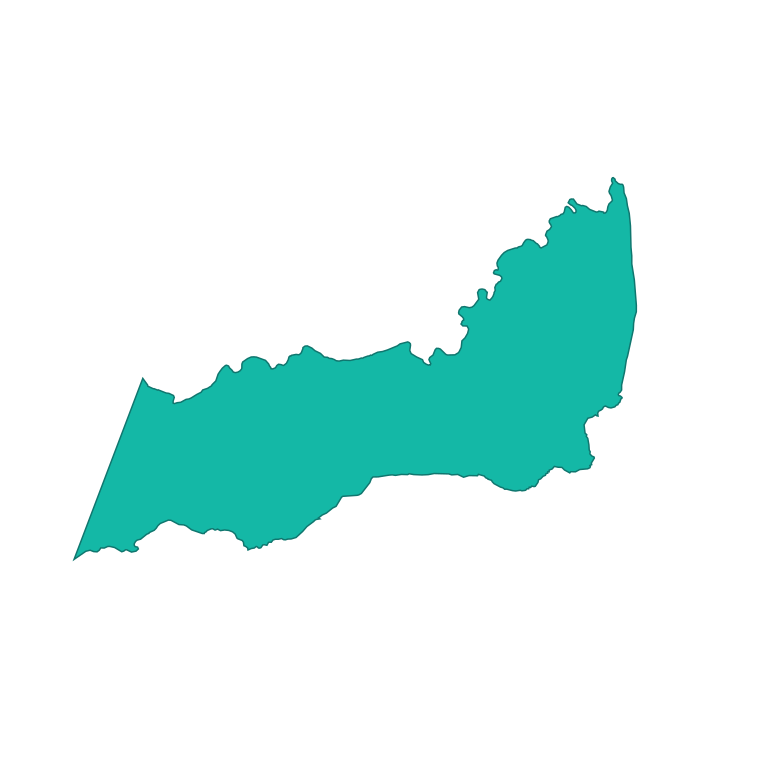 Wampusirpi, Gracias a Dios, Honduras (Mercator projection), rotated 21°
{"feature_id": "27666195B3053537582037", "entity_name": "Wampusirpi", "entity_type": "district", "adm_level": 2, "iso_a3": "HND", "parent_name": "Honduras", "parent_adm1": "Gracias a Dios", "projection": "mercator", "projection_center": [-84.653, 15.069], "detail": "fine", "context": "isolated", "style": "filled", "palette": "teal", "viewbox_px": 768, "rotation_deg": 21, "n_neighbors": 0, "source": "geoboundaries", "source_scale": "gbopen_adm2", "svg_char_len": 6170}
<svg xmlns="http://www.w3.org/2000/svg" viewBox="0 0 768 768"><g transform="rotate(21 384 384)"><path d="M608.0,304.5L606.2,299.8L604.2,286.4L601.6,274.7L601.4,270.8L597.3,244.0L595.3,237.9L594.2,232.8L593.7,226.2L591.4,220.1L580.4,197.1L572.3,183.1L569.4,175.6L565.6,167.9L557.4,148.0L551.8,136.8L547.4,130.4L543.8,124.0L539.6,119.5L537.2,114.4L535.8,112.6L534.8,112.2L533.0,112.9L530.8,112.9L527.0,111.4L526.3,110.0L524.1,109.2L523.4,109.6L523.1,111.0L523.7,112.8L525.5,114.6L524.7,118.9L525.0,123.5L526.1,125.0L528.6,126.8L531.3,130.4L531.3,131.4L529.5,135.3L529.5,138.5L530.2,141.8L529.8,144.3L529.0,145.3L528.0,145.7L527.6,144.9L526.9,144.9L522.7,145.6L521.9,146.7L520.5,147.4L513.4,147.3L509.2,145.8L505.6,146.1L504.5,146.8L499.6,146.8L494.6,143.5L492.5,144.2L491.4,145.2L491.0,148.8L494.2,149.9L495.6,149.9L499.2,151.4L500.9,152.8L501.6,154.6L501.2,155.7L499.5,156.4L496.3,154.2L493.1,152.7L491.0,152.7L489.9,154.1L490.6,158.8L490.2,160.9L488.4,162.3L488.0,163.4L486.2,165.5L485.2,165.8L480.1,170.1L479.8,172.6L480.5,174.0L482.9,175.8L484.0,177.2L483.2,180.4L481.4,182.9L481.4,186.8L481.7,187.6L483.1,188.3L485.6,190.8L486.3,192.6L486.2,195.8L481.9,200.7L480.2,200.4L479.8,199.7L477.0,198.2L475.9,198.2L472.0,196.7L469.9,197.0L469.2,196.7L466.4,197.4L465.3,198.1L464.6,199.1L463.8,202.0L463.4,205.2L462.7,206.2L460.2,208.0L459.8,209.1L457.7,210.1L451.6,215.0L449.1,218.2L447.6,221.7L446.1,227.4L446.1,230.6L447.5,233.2L448.9,234.2L449.6,236.4L448.9,237.1L447.8,237.1L446.4,238.5L446.4,241.0L447.4,241.7L453.1,241.1L455.2,241.8L456.3,243.2L455.9,246.4L454.4,247.8L453.7,250.0L453.0,250.7L452.9,254.2L454.3,256.8L454.0,259.2L454.3,260.0L454.3,263.2L453.9,264.9L452.8,267.8L450.3,267.8L449.3,267.4L448.6,266.3L447.5,261.3L446.8,261.3L444.7,259.9L443.7,259.8L441.5,260.2L439.7,261.2L439.0,261.9L438.6,265.1L442.1,270.9L439.9,278.7L438.5,280.8L436.3,282.2L431.4,282.9L428.9,284.3L427.7,288.2L428.1,290.7L428.8,291.8L433.0,293.2L434.8,294.3L435.5,295.8L434.8,296.5L434.4,297.9L434.7,298.6L434.4,300.4L436.8,301.5L440.7,300.1L443.2,302.2L443.5,303.3L443.9,306.9L443.1,311.9L441.3,315.8L443.0,322.2L442.6,326.8L442.2,328.2L439.7,331.4L432.9,334.2L431.1,334.2L424.1,331.2L422.3,331.2L420.2,331.9L419.5,333.7L419.4,339.4L417.2,342.9L417.2,345.1L420.4,348.3L420.3,349.7L419.6,349.7L418.9,350.4L416.4,350.4L413.3,349.7L411.2,347.5L404.8,347.1L398.4,345.9L396.0,343.4L394.9,338.4L394.2,337.0L392.8,336.3L391.1,336.2L384.6,340.8L382.8,343.6L375.0,351.0L371.0,354.2L366.7,356.6L363.2,360.2L362.4,361.6L361.0,361.9L360.3,363.0L358.9,363.7L355.6,366.5L354.9,367.5L353.5,367.9L351.0,370.0L349.2,370.7L343.9,374.2L337.5,376.3L333.9,378.7L331.1,379.4L328.9,379.0L326.1,379.0L323.6,379.7L321.8,379.3L318.6,380.3L313.7,378.2L307.7,377.7L303.8,376.3L298.8,375.9L296.7,376.9L295.3,379.0L295.6,380.1L295.6,384.4L294.8,386.2L294.1,387.2L291.3,387.9L287.3,390.4L287.0,391.4L286.3,391.4L285.6,392.8L285.9,395.7L285.5,399.6L284.0,402.1L283.3,402.8L280.8,402.8L278.4,403.4L277.3,405.2L276.9,407.7L274.7,409.8L273.0,410.2L272.3,409.1L270.9,408.4L269.1,406.6L264.9,404.4L255.3,404.6L252.8,405.3L250.3,406.4L247.5,409.2L244.2,414.1L244.2,416.3L245.6,420.2L245.6,421.3L244.8,423.4L243.4,425.2L241.3,426.6L239.1,426.9L237.0,425.5L234.2,424.4L232.4,422.9L230.3,422.9L229.3,423.6L227.4,427.2L226.3,431.1L225.6,434.3L225.9,441.4L223.7,446.3L223.7,447.4L220.8,451.3L216.9,454.5L216.2,457.3L213.0,460.8L209.0,466.1L207.2,467.9L204.7,469.3L200.8,473.9L197.6,475.6L195.4,477.4L194.0,477.4L193.3,475.6L193.0,471.7L191.6,470.2L186.6,469.8L183.8,470.5L175.3,470.4L174.9,470.8L171.0,470.8L170.3,471.1L164.3,470.7L163.6,469.6L156.8,465.2L157.5,658.8L165.6,647.0L169.2,644.5L173.1,644.5L176.3,643.5L177.7,641.3L178.4,638.5L181.6,637.4L184.4,634.6L186.2,633.9L191.1,633.2L199.3,634.6L201.0,633.2L202.1,631.4L203.2,631.0L208.5,631.4L212.4,628.9L213.8,626.0L212.4,624.6L209.9,625.0L208.5,623.9L208.1,622.5L208.5,620.0L209.5,618.2L212.4,616.1L216.3,609.3L218.1,607.6L218.1,606.8L221.9,602.9L223.0,600.4L223.7,597.2L225.1,594.4L231.5,588.3L234.0,587.6L242.9,588.7L247.5,587.3L250.3,587.3L256.7,589.1L268.0,588.7L269.8,588.0L269.8,586.9L270.8,585.9L271.5,584.1L274.4,581.3L276.1,580.5L278.6,580.9L280.7,579.1L283.9,579.5L287.5,577.4L291.7,576.3L295.6,576.3L298.8,577.4L302.0,580.6L303.0,580.9L307.7,580.9L309.4,582.0L311.2,585.2L313.0,585.2L315.4,585.9L316.5,587.7L319.0,585.2L321.7,583.6L322.9,581.5L323.9,581.4L325.6,582.1L326.9,581.7L327.8,580.8L328.5,577.8L329.6,577.0L332.5,576.5L332.9,573.5L333.3,572.9L335.5,572.1L336.3,569.4L338.2,567.9L341.0,566.8L343.8,565.0L346.1,565.3L347.8,564.8L349.7,563.3L352.9,561.9L356.9,558.8L360.9,550.8L363.1,544.7L367.6,537.6L368.3,535.9L369.2,534.8L372.4,532.9L370.8,532.5L373.3,528.4L376.5,525.1L380.5,518.2L383.1,515.4L384.9,505.0L385.8,503.6L398.7,497.6L400.2,496.6L402.1,494.3L406.1,481.2L406.1,476.9L407.1,474.7L411.8,472.8L421.3,467.3L424.2,465.9L427.4,465.2L432.6,462.2L438.6,460.1L439.6,458.8L444.2,457.9L452.0,455.3L457.7,452.8L462.9,449.6L476.7,444.7L479.7,444.6L485.3,442.0L491.7,442.5L496.2,439.0L504.2,436.1L504.5,434.5L510.5,434.0L512.6,435.1L514.9,435.2L515.1,435.6L518.9,435.4L520.0,436.4L522.4,437.6L529.6,438.5L532.2,438.3L534.4,439.0L536.2,438.2L542.2,437.5L545.3,436.7L549.3,434.4L551.0,434.3L553.6,432.9L554.3,432.4L555.1,430.5L556.6,430.0L556.6,428.3L557.9,428.1L558.6,426.4L560.9,426.0L561.9,425.3L563.0,420.7L562.6,418.0L564.2,416.5L565.6,413.1L567.4,411.4L567.4,409.6L568.8,408.5L568.3,407.3L569.6,406.8L569.1,405.2L571.4,403.1L572.6,399.9L576.4,399.3L580.0,398.1L583.3,399.6L589.3,400.4L589.7,399.0L594.3,397.3L597.4,393.7L604.5,390.2L606.2,388.4L606.3,387.2L605.4,386.3L606.8,384.9L605.9,383.5L606.9,377.8L606.3,376.9L603.7,376.7L601.2,375.4L600.8,373.4L599.2,372.0L597.1,367.4L593.7,361.7L591.6,360.4L591.5,358.7L589.3,357.8L585.4,350.4L586.6,342.9L590.2,340.3L592.5,337.0L594.0,337.4L595.3,337.2L594.1,335.0L593.9,333.8L594.5,331.9L595.7,330.9L596.9,329.0L597.1,327.0L597.8,325.9L598.7,325.2L601.9,325.5L604.5,325.0L607.7,322.6L608.4,320.6L609.7,319.6L609.9,317.7L610.7,316.5L610.5,313.1L611.2,312.2L611.1,311.3L609.1,310.5L607.4,310.7L606.5,310.0L606.5,308.4L607.4,307.1L608.0,304.5Z" fill="#14b8a6" stroke="#0f766e" stroke-width="1.5"/></g></svg>